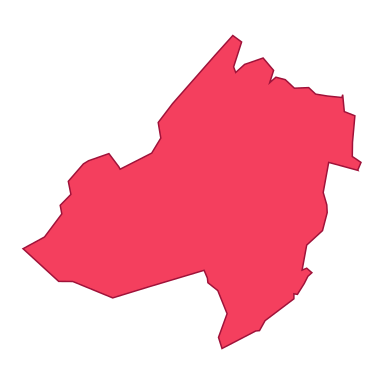 Morris, New Jersey, United States of America
{"feature_id": "52423323B19000754742578", "entity_name": "Morris", "entity_type": "district", "adm_level": 2, "iso_a3": "USA", "parent_name": "United States of America", "parent_adm1": "New Jersey", "projection": "orthographic", "projection_center": [-74.508, 40.868], "detail": "fine", "context": "isolated", "style": "filled", "palette": "rose", "viewbox_px": 384, "rotation_deg": 0, "n_neighbors": 0, "source": "geoboundaries", "source_scale": "gbopen_adm2", "svg_char_len": 932}
<svg xmlns="http://www.w3.org/2000/svg" viewBox="0 0 384 384"><path d="M23.0,248.7L58.7,281.4L72.8,281.5L112.7,297.9L149.2,286.7L163.3,282.5L204.1,270.3L207.4,278.1L207.9,282.7L217.8,290.6L227.1,313.7L218.5,337.4L222.0,348.5L255.7,331.0L259.5,330.6L265.1,320.6L293.9,298.8L293.9,293.8L297.4,294.4L304.2,283.6L307.9,276.3L311.9,272.7L306.7,268.2L302.1,270.1L306.7,245.1L322.5,230.6L327.2,212.6L326.8,204.9L323.2,192.5L328.7,162.4L358.0,170.4L357.8,170.0L361.0,162.4L352.3,156.5L352.5,142.3L354.9,115.8L344.3,111.6L342.7,94.7L341.9,97.5L327.3,96.0L315.6,94.1L308.7,87.6L294.4,88.2L285.3,79.7L275.9,77.2L269.7,82.7L273.6,70.4L263.1,58.0L244.6,64.4L235.7,72.5L233.6,66.9L241.6,42.0L232.8,35.5L215.2,55.1L172.5,103.7L158.2,122.5L160.8,138.1L151.7,153.1L120.1,169.2L118.9,166.9L108.9,153.6L88.6,160.7L83.4,163.9L68.3,181.3L70.9,194.4L60.2,205.3L61.8,213.9L44.5,237.0L23.0,248.7Z" fill="#f43f5e" stroke="#9f1239" stroke-width="1.5"/></svg>